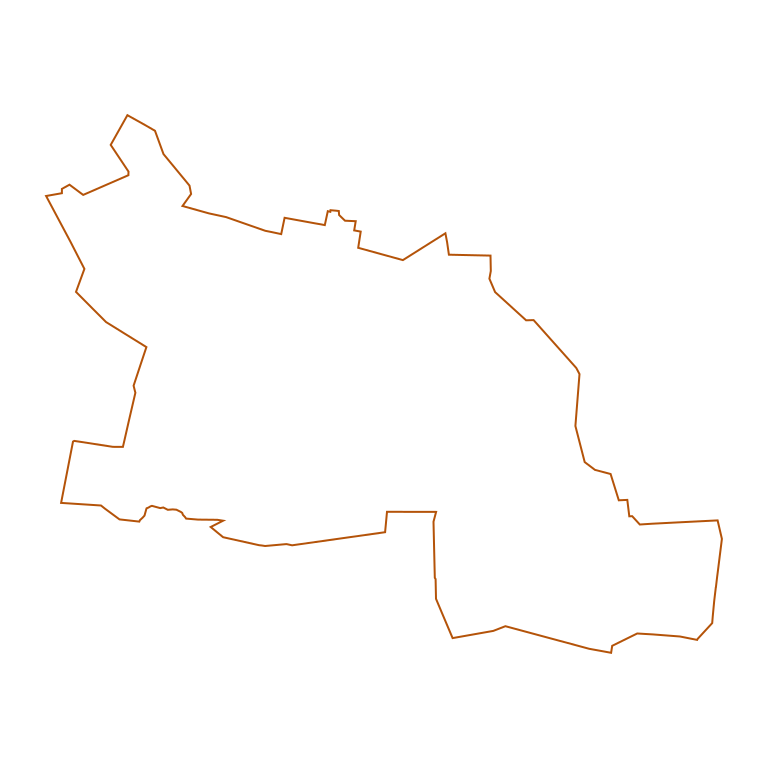 Huachinera, Sonora, Mexico (orthographic projection)
{"feature_id": "50627088B33572074725870", "entity_name": "Huachinera", "entity_type": "district", "adm_level": 2, "iso_a3": "MEX", "parent_name": "Mexico", "parent_adm1": "Sonora", "projection": "orthographic", "projection_center": [-108.938, 30.144], "detail": "fine", "context": "isolated", "style": "outline", "palette": "amber", "viewbox_px": 768, "rotation_deg": 0, "n_neighbors": 0, "source": "geoboundaries", "source_scale": "gbopen_adm2", "svg_char_len": 1985}
<svg xmlns="http://www.w3.org/2000/svg" viewBox="0 0 768 768"><path d="M717.6,520.4L677.8,522.4L652.5,523.7L639.8,524.5L632.2,516.2L629.3,516.3L627.3,499.9L618.8,500.3L610.6,474.0L595.0,469.9L584.7,462.1L575.4,426.0L579.5,374.1L576.3,368.0L533.6,320.1L526.1,320.3L518.3,313.2L495.1,292.1L489.4,278.7L490.8,271.0L490.5,255.6L448.9,254.7L447.1,242.2L445.4,233.3L431.1,242.3L402.9,260.1L358.2,247.8L360.7,231.6L354.2,230.4L355.7,221.2L345.0,220.7L339.1,215.0L338.8,211.0L336.1,210.7L330.5,210.2L330.3,211.8L327.8,211.2L326.4,217.7L324.8,225.1L323.2,224.8L321.2,224.4L314.8,223.3L284.6,217.8L281.2,234.1L271.8,232.1L265.3,230.8L226.1,217.1L209.0,213.4L182.5,206.0L191.1,194.0L189.5,185.6L163.5,154.1L155.0,130.8L144.8,124.9L127.4,115.2L110.7,144.9L128.5,171.6L128.4,175.2L83.2,194.9L80.6,193.0L69.5,184.7L61.9,188.9L61.9,193.2L46.1,196.0L70.6,242.0L84.4,268.9L76.0,291.9L92.5,308.5L106.1,322.1L124.3,333.4L133.5,339.1L146.4,347.1L141.2,362.7L133.6,385.7L135.2,392.1L135.4,392.7L128.8,421.1L124.6,439.6L122.9,446.9L122.2,446.9L115.7,446.9L112.6,446.8L80.9,441.9L74.2,440.9L73.0,441.6L61.1,502.9L101.0,505.5L105.0,508.7L119.5,519.4L139.3,521.6L139.9,520.2L142.6,517.7L144.5,515.6L146.0,510.2L146.2,509.4L146.6,508.3L148.4,507.6L150.4,506.4L151.8,505.9L152.1,505.9L160.2,508.1L163.3,507.5L167.8,509.8L172.7,509.4L176.4,509.7L180.2,511.6L180.8,511.9L182.2,512.9L182.9,514.8L185.0,517.0L186.1,518.6L198.1,519.6L217.3,519.8L223.1,520.7L210.7,527.0L223.1,537.2L259.1,545.2L261.9,545.5L265.1,546.0L285.2,544.2L286.6,544.1L292.1,545.3L385.1,532.2L387.0,511.8L436.1,511.9L433.5,521.7L434.1,547.8L434.8,577.5L434.8,577.8L435.6,579.1L436.0,598.8L442.1,613.3L452.6,638.1L493.3,630.9L505.4,626.2L589.2,648.8L603.0,651.3L611.1,652.8L612.2,645.8L637.2,633.5L652.7,634.4L680.0,636.5L697.1,639.9L697.3,639.4L698.0,638.5L705.1,630.8L712.2,623.1L712.8,615.8L713.9,604.2L714.2,601.0L715.8,587.5L715.9,587.4L717.1,577.1L717.7,572.5L721.9,538.9L717.6,520.4Z" fill="none" stroke="#b45309" stroke-width="2"/></svg>